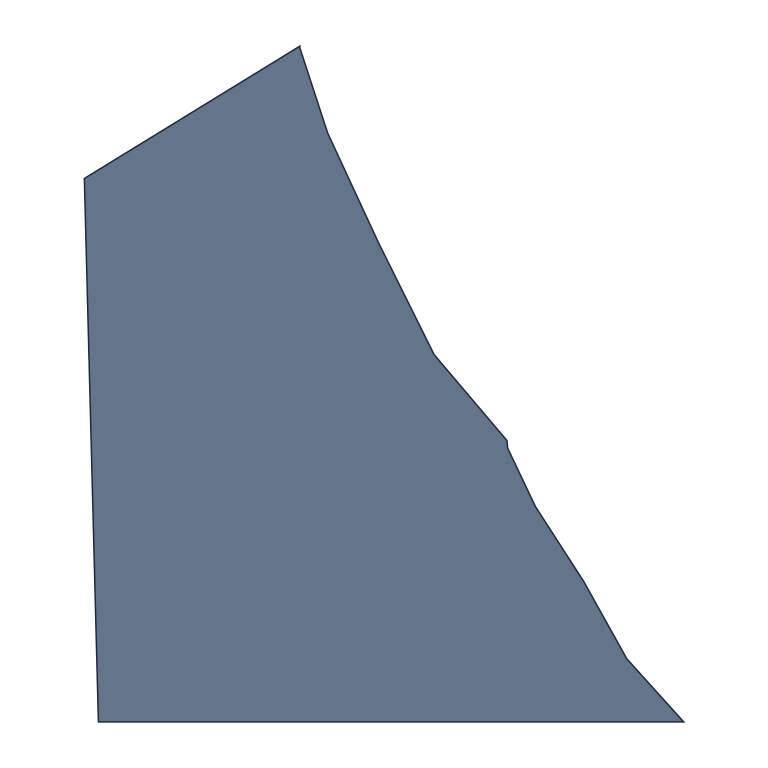 outline of 37, Ad Dawhah, Qatar
{"feature_id": "91078587B81580735513592", "entity_name": "37", "entity_type": "district", "adm_level": 2, "iso_a3": "QAT", "parent_name": "Qatar", "parent_adm1": "Ad Dawhah", "projection": "robinson", "projection_center": [51.498, 25.303], "detail": "fine", "context": "isolated", "style": "filled", "palette": "slate", "viewbox_px": 768, "rotation_deg": 0, "n_neighbors": 0, "source": "geoboundaries", "source_scale": "gbopen_adm2", "svg_char_len": 319}
<svg xmlns="http://www.w3.org/2000/svg" viewBox="0 0 768 768"><path d="M683.7,721.9L626.8,658.8L583.7,581.4L535.5,506.7L507.6,448.0L507.0,440.6L434.1,354.6L378.4,242.5L327.7,133.1L299.8,47.7L299.9,46.1L84.3,178.5L84.5,184.6L98.4,721.9L678.3,721.9L683.7,721.9Z" fill="#64748b" stroke="#1e293b" stroke-width="1.5"/></svg>